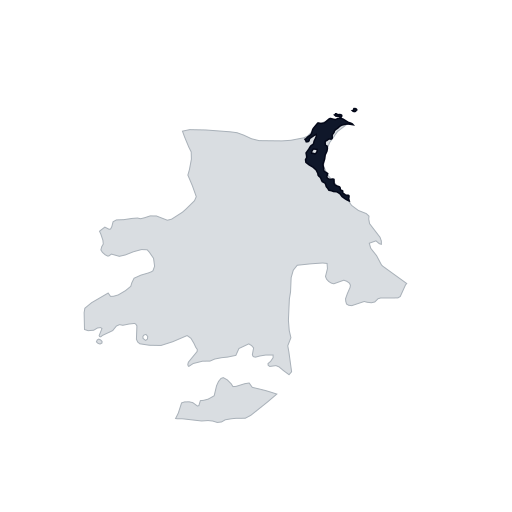 Bakı on a map of Azerbaijan (Mercator projection), rotated 308°
{"feature_id": "AZE-1689", "entity_name": "Bakı", "entity_type": "Municipality", "adm_level": 1, "iso_a3": "AZE", "parent_name": "Azerbaijan", "parent_adm1": "", "projection": "mercator", "projection_center": [49.815, 40.127], "detail": "fine", "context": "in_parent", "style": "filled", "palette": "ink", "viewbox_px": 512, "rotation_deg": 308, "n_neighbors": 0, "source": "natural_earth", "source_scale": "10m", "svg_char_len": 5756}
<svg xmlns="http://www.w3.org/2000/svg" viewBox="0 0 512 512"><g transform="rotate(308 256 256)"><path d="M327.1,391.7L325.3,391.6L312.9,394.6L310.3,393.6L299.7,380.1L297.5,378.5L292.9,377.9L290.2,375.7L288.0,372.1L286.8,369.3L275.8,362.0L274.2,359.3L273.9,356.9L275.5,354.7L277.4,352.9L282.8,351.1L289.1,349.5L291.1,348.4L292.1,346.4L292.0,343.2L291.0,340.1L282.0,334.4L281.0,332.0L280.7,329.0L281.2,325.9L282.6,323.4L290.0,320.1L293.9,316.6L291.5,312.8L283.5,303.9L274.1,294.2L267.8,294.1L260.6,297.0L249.0,305.3L242.6,308.8L234.3,314.7L225.2,321.2L217.7,328.1L213.1,333.8L204.8,336.3L200.6,341.0L186.7,355.3L182.8,355.1L182.6,348.1L182.8,342.4L181.9,339.2L177.4,334.8L177.4,332.8L178.6,331.7L182.0,332.4L186.4,332.1L188.5,330.4L183.8,324.5L179.6,320.6L176.0,317.9L175.2,316.4L175.2,315.2L176.0,313.9L182.1,310.7L182.7,307.7L182.3,304.4L172.6,299.5L165.3,301.3L158.8,295.8L154.7,291.5L149.4,286.9L144.8,284.4L140.3,278.7L132.6,272.7L127.6,271.0L127.7,270.1L128.6,269.0L130.7,268.1L144.5,268.4L146.2,267.3L147.0,264.7L148.9,261.0L151.1,255.4L150.9,250.7L137.1,243.1L127.0,236.2L120.0,226.9L115.3,218.5L115.4,215.7L116.8,213.0L127.6,205.2L128.3,203.2L128.1,201.8L124.2,197.8L119.4,193.7L117.9,190.7L114.8,189.1L109.0,189.0L98.9,183.9L96.7,183.4L96.2,182.4L96.7,181.4L104.0,179.3L103.9,177.6L101.7,175.4L97.6,173.8L93.8,169.7L92.5,166.1L105.6,155.4L109.5,153.3L118.0,155.2L135.8,162.3L134.6,166.2L136.4,168.4L140.5,171.4L148.4,174.5L155.0,176.0L158.3,174.7L163.4,173.6L170.1,177.1L176.2,181.5L179.2,183.3L180.9,183.9L185.5,182.4L191.1,176.7L193.3,169.7L193.9,166.4L190.6,161.8L183.9,156.8L176.4,152.4L171.6,148.5L168.5,140.9L165.4,140.0L164.6,139.1L164.1,136.4L164.3,132.8L165.3,130.0L168.4,128.7L171.4,128.3L174.2,125.6L177.7,120.3L179.2,117.4L185.7,119.1L186.6,123.8L187.7,124.8L190.4,124.3L195.0,122.3L198.5,123.8L203.2,129.4L209.5,135.4L213.0,139.3L214.3,142.1L217.6,144.7L222.4,147.9L226.2,152.8L229.6,164.1L233.0,166.8L245.3,171.1L249.6,171.9L261.7,173.5L266.0,172.4L272.2,162.6L277.8,152.5L283.0,150.4L292.5,145.5L298.1,140.9L300.5,135.9L305.8,126.5L309.1,121.2L314.7,125.9L324.3,138.7L338.1,159.4L341.5,165.2L343.7,172.0L345.6,180.2L348.8,187.4L362.7,205.6L368.7,212.3L378.6,220.9L382.1,222.8L386.7,223.4L395.1,223.4L402.9,226.8L406.7,229.1L410.7,232.6L414.3,236.5L417.9,247.1L404.3,243.6L390.7,244.2L383.1,246.4L375.6,249.5L368.4,253.9L364.0,262.3L360.2,281.9L354.7,300.2L354.9,308.6L357.3,316.7L357.0,320.5L354.5,322.1L351.4,325.6L347.1,342.2L345.0,345.5L342.4,347.6L341.6,345.6L341.8,341.2L335.8,337.4L332.7,341.7L330.5,350.8L326.2,360.4L326.0,362.2L327.1,391.7ZM125.9,220.3L126.5,217.6L124.8,216.4L123.0,216.4L121.5,217.7L121.5,221.0L123.6,221.6L125.9,220.3ZM81.4,296.9L79.3,294.2L78.4,292.7L84.4,291.5L94.4,287.8L97.1,289.6L100.0,293.2L101.5,296.4L101.7,302.2L102.9,303.1L107.8,301.2L109.9,303.5L113.7,306.4L120.1,309.1L129.5,304.8L134.1,303.7L138.0,303.8L140.0,305.1L140.7,309.6L140.0,315.2L138.9,318.2L140.9,320.5L148.5,325.8L151.7,328.8L150.2,333.9L155.9,346.5L157.8,351.4L160.0,357.4L148.3,355.0L127.3,350.0L121.5,347.4L116.0,340.4L112.8,337.0L108.0,332.6L104.0,331.0L101.0,328.0L99.3,323.5L96.8,319.5L92.5,314.7L82.6,298.5L81.4,296.9ZM93.9,187.3L92.6,188.2L90.6,187.3L89.9,185.3L90.1,183.1L92.1,182.6L93.7,183.2L94.2,185.2L93.9,187.3Z" fill="#d9dde1" stroke="#a8b0b8" stroke-width="1"/><path d="M378.1,222.7L378.9,223.1L382.0,223.5L384.6,224.3L386.0,224.4L387.1,224.2L390.5,222.8L391.9,222.6L398.8,222.8L399.3,223.3L399.6,223.9L399.8,224.4L400.1,225.0L401.1,226.3L402.3,227.4L403.5,228.1L409.0,229.2L410.1,229.8L410.7,231.0L411.5,232.9L412.4,234.6L413.6,235.3L414.9,235.8L416.0,237.0L416.9,238.6L417.5,240.3L418.2,246.8L418.6,247.5L419.1,249.0L419.4,250.6L419.2,251.7L418.0,249.5L416.8,247.5L415.3,245.7L412.3,243.3L411.0,242.6L409.6,242.1L406.9,241.7L404.6,240.9L403.4,240.8L402.7,240.8L401.9,241.2L401.3,241.4L399.0,241.4L397.9,241.8L395.9,243.5L394.7,243.5L394.2,243.1L393.5,241.9L393.0,241.4L392.3,241.1L390.8,240.8L389.2,240.0L388.0,240.6L386.0,242.4L386.4,244.3L384.7,246.1L382.2,247.4L378.2,248.3L374.7,250.4L370.0,252.1L368.9,252.9L366.6,255.5L365.6,256.2L364.9,257.1L364.8,258.8L365.1,260.9L365.1,261.8L361.9,263.0L361.3,264.3L361.4,265.9L362.2,267.5L362.8,268.1L363.6,268.7L364.1,269.3L364.4,270.2L364.0,270.7L363.4,271.1L362.4,272.0L361.9,272.3L361.4,272.6L361.0,273.4L360.7,274.4L360.7,275.1L361.0,276.7L361.7,278.4L361.9,279.3L361.6,280.2L361.1,280.8L360.6,281.2L360.3,281.6L360.2,282.4L360.3,282.8L360.5,283.2L360.6,283.7L360.6,284.3L360.3,284.6L359.3,285.3L359.0,286.5L359.0,287.0L359.3,287.5L359.1,288.5L359.4,289.6L360.8,291.5L360.7,292.2L359.9,292.9L358.3,293.7L356.8,295.6L356.2,293.2L355.9,290.6L355.8,287.2L356.7,284.1L356.6,282.1L356.3,280.1L355.5,278.8L354.6,277.6L353.8,275.1L352.7,273.0L353.5,270.8L353.9,268.7L355.0,267.2L355.9,265.7L355.7,264.0L355.4,262.4L356.2,260.7L357.2,259.1L357.6,257.6L357.6,256.3L358.0,255.0L359.1,254.0L360.8,250.5L361.1,246.1L360.5,241.7L360.5,237.7L362.4,235.7L364.9,235.3L366.4,233.8L368.0,232.0L372.9,231.8L374.7,231.5L376.6,231.4L378.0,231.8L379.3,232.3L380.8,231.8L382.2,231.1L385.0,230.5L387.7,229.8L388.9,228.5L386.8,227.6L384.2,226.8L381.7,226.0L380.5,226.4L379.4,226.9L378.1,226.6L376.9,225.3L377.4,224.4L377.9,223.4L378.1,222.7ZM371.2,236.6L371.4,236.9L372.3,238.2L372.8,239.7L374.1,240.0L375.5,239.9L376.9,239.2L377.6,238.5L376.9,237.3L375.6,235.3L373.1,235.4L371.2,236.6ZM419.2,237.4L418.3,237.6L417.1,237.5L417.4,235.6L415.4,232.9L415.5,231.0L416.2,231.4L417.1,231.1L417.5,231.6L417.7,233.2L418.3,234.1L419.0,234.8L419.6,235.9L419.7,236.8L419.2,237.4ZM433.2,245.5L432.1,245.2L431.3,245.4L430.4,244.7L429.8,243.5L429.9,242.4L430.7,243.1L431.3,242.9L431.9,242.5L432.5,242.4L433.3,243.4L433.6,244.6L433.2,245.5Z" fill="#0f172a" stroke="#020617" stroke-width="1.5"/></g></svg>